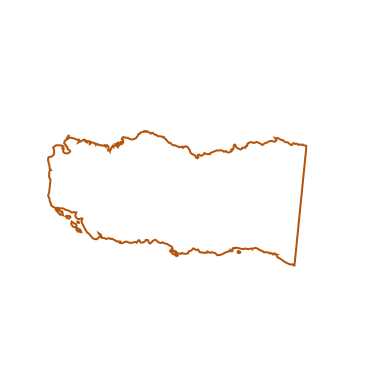 the district of North West Choiseul, Choiseul, Solomon Islands, rotated 321°
{"feature_id": "97153195B88202120204491", "entity_name": "North West Choiseul", "entity_type": "district", "adm_level": 2, "iso_a3": "SLB", "parent_name": "Solomon Islands", "parent_adm1": "Choiseul", "projection": "equal_earth", "projection_center": [156.555, -6.774], "detail": "fine", "context": "isolated", "style": "outline", "palette": "amber", "viewbox_px": 384, "rotation_deg": 321, "n_neighbors": 0, "source": "geoboundaries", "source_scale": "gbopen_adm2", "svg_char_len": 5975}
<svg xmlns="http://www.w3.org/2000/svg" viewBox="0 0 384 384"><g transform="rotate(321 192 192)"><path d="M224.9,314.1L308.0,230.2L309.8,227.9L307.8,225.4L307.9,224.8L306.6,224.2L305.6,222.7L304.2,222.3L304.1,220.6L302.4,219.6L302.2,218.6L300.9,217.7L299.6,218.4L298.5,217.8L297.6,213.6L296.0,212.1L295.5,211.0L295.4,209.0L294.2,208.0L292.4,203.6L291.1,203.5L290.5,202.4L290.1,205.0L287.8,204.9L285.6,201.9L282.6,200.8L281.0,200.8L279.6,199.9L276.3,199.8L275.7,197.7L273.7,193.7L270.9,192.9L269.4,190.4L267.6,189.7L265.4,189.4L264.5,190.5L263.5,190.3L263.4,190.7L262.7,190.4L261.2,191.3L260.7,190.4L258.7,189.2L258.1,189.8L256.5,189.6L255.0,186.8L254.6,184.9L255.3,182.6L254.9,181.9L253.9,182.1L251.4,184.4L250.4,184.1L250.6,184.4L249.7,185.0L249.0,184.2L248.2,185.1L245.8,184.7L244.2,183.0L244.1,181.4L242.2,180.9L241.9,179.6L240.8,177.7L239.1,176.8L237.5,175.3L231.7,173.5L229.9,173.3L229.7,173.8L227.5,172.1L226.1,169.6L225.5,170.1L222.5,170.0L221.7,169.3L221.1,167.6L220.3,166.9L219.4,167.1L218.8,169.1L217.5,169.2L216.8,167.9L217.3,165.6L215.6,161.4L215.8,159.7L216.5,158.3L216.9,154.1L215.8,152.4L212.9,152.0L213.3,151.2L213.1,150.7L210.4,149.3L208.2,145.0L207.3,144.5L206.1,142.0L206.1,140.1L204.9,139.1L204.9,134.9L204.5,132.9L204.8,132.0L204.0,131.6L204.0,130.6L203.1,129.8L202.9,129.2L200.7,127.2L200.1,125.1L198.8,123.2L198.8,121.5L198.2,120.8L196.8,120.7L195.9,118.0L194.7,116.5L192.1,114.6L189.1,113.4L187.6,113.8L186.9,113.3L184.7,114.3L182.1,114.9L179.0,113.9L177.1,112.0L176.3,109.6L173.7,107.1L173.3,106.0L171.2,106.3L171.1,107.2L170.6,107.2L171.0,108.4L170.6,109.1L170.1,109.1L169.6,110.3L168.6,110.0L168.0,110.6L166.9,110.3L165.2,108.7L164.6,108.9L164.4,109.8L163.8,109.4L162.9,110.2L163.0,109.2L162.4,109.6L162.2,108.2L161.0,106.8L160.3,107.0L160.0,106.5L159.1,107.7L158.7,106.5L156.7,107.1L156.4,107.7L155.0,108.0L154.5,107.6L153.9,108.3L154.0,107.7L153.0,107.0L155.5,104.6L155.7,103.6L155.5,102.6L155.0,102.7L154.8,101.9L154.2,102.1L153.9,101.3L153.6,101.8L153.6,101.1L152.8,101.1L151.7,99.3L151.0,99.1L150.8,98.4L149.1,96.9L149.0,95.6L147.7,94.9L147.7,94.3L147.2,94.6L147.4,94.0L146.7,93.1L146.4,91.5L145.2,90.3L144.5,90.4L144.9,90.0L144.7,89.4L144.0,89.7L144.2,89.1L143.6,89.3L144.2,88.6L143.8,87.7L143.3,87.5L143.2,86.8L142.1,86.4L141.6,87.3L141.1,86.4L141.9,84.9L141.6,83.9L141.0,83.5L140.6,83.9L140.4,83.1L139.7,82.9L137.5,82.8L137.2,82.3L134.9,81.9L136.8,81.1L137.1,80.3L135.5,79.0L134.2,76.4L132.0,73.5L130.7,72.6L129.5,72.6L128.8,71.5L128.1,72.4L126.7,72.0L126.1,72.5L124.7,72.4L123.3,73.8L123.5,76.2L123.1,77.4L123.4,78.6L122.8,78.8L122.8,79.8L122.4,80.8L123.1,82.6L122.9,83.8L121.5,84.1L119.6,83.8L117.7,82.0L117.2,79.9L118.4,78.2L119.2,78.1L119.5,77.6L118.7,77.8L118.4,77.2L118.6,76.8L119.9,75.0L120.6,75.0L119.8,73.6L115.9,70.2L112.2,69.9L111.0,73.0L108.5,75.9L105.1,76.2L103.5,75.1L102.0,74.8L99.9,76.9L99.6,78.2L98.1,80.5L97.9,81.8L96.2,84.1L96.1,86.0L95.6,85.6L94.0,86.3L90.4,90.4L89.7,93.5L80.7,102.4L77.9,104.2L77.1,107.3L75.3,110.5L75.2,112.1L74.2,113.2L74.3,114.6L75.1,117.2L75.9,118.4L78.2,120.2L78.1,121.8L79.4,121.7L81.7,123.9L82.6,126.3L84.4,128.8L85.8,132.5L87.8,133.4L88.2,134.6L89.1,135.1L86.2,137.1L85.9,139.3L86.2,141.1L86.9,141.9L89.7,143.0L90.0,143.7L87.3,145.5L85.4,154.5L85.1,157.3L85.7,160.5L85.7,165.3L86.9,167.6L88.5,168.9L90.8,168.5L92.2,169.0L93.1,168.5L93.6,167.4L93.3,165.9L93.5,165.3L94.3,168.2L93.0,170.7L94.9,172.7L95.7,174.4L98.6,175.8L99.3,177.4L100.5,178.1L102.5,183.1L103.2,183.4L104.4,185.6L104.8,185.2L105.2,185.5L104.9,186.4L104.2,186.4L105.1,187.6L109.8,189.1L111.3,191.9L113.4,193.8L116.3,194.9L117.0,195.7L117.0,196.4L120.1,195.8L120.7,196.7L120.3,197.6L120.3,198.9L122.0,200.4L125.1,200.8L126.0,200.1L127.5,201.8L126.6,204.3L127.0,205.6L129.2,205.7L130.4,205.3L132.5,205.6L133.6,206.2L134.2,209.6L135.2,211.5L135.9,212.2L137.4,212.5L138.6,215.1L140.1,216.8L140.4,218.4L141.6,220.8L141.8,222.7L141.5,223.6L140.5,223.5L140.3,224.9L141.9,227.8L142.2,228.7L141.9,230.1L142.2,230.9L143.8,232.1L144.4,233.1L145.7,233.0L147.0,235.1L149.4,236.8L150.7,237.1L151.0,236.5L152.8,236.2L154.2,237.0L157.6,236.7L158.7,239.5L159.4,240.2L160.2,240.3L160.4,242.3L160.1,243.3L160.7,244.5L161.4,244.7L162.9,246.9L164.6,247.6L165.1,248.5L166.6,248.0L167.6,250.4L168.3,251.0L169.2,251.0L171.6,254.1L171.9,257.1L175.0,259.0L181.1,260.4L183.0,261.4L184.0,261.0L184.9,261.8L185.2,261.5L185.3,262.8L185.7,263.2L186.4,263.2L186.7,262.4L187.5,262.3L187.9,261.5L189.3,261.7L189.8,262.7L190.8,262.7L193.0,265.0L195.3,268.2L197.7,269.4L199.9,272.0L201.6,272.6L203.0,273.7L202.9,274.3L203.4,274.1L206.1,275.3L207.0,276.6L208.9,281.5L210.0,283.2L209.9,284.1L211.9,285.6L213.7,287.8L213.8,288.7L214.7,288.7L215.9,291.9L216.9,292.0L217.1,291.5L218.1,292.6L217.9,293.9L218.5,294.4L217.8,294.4L217.4,296.6L218.3,298.4L220.2,305.1L221.9,308.6L222.7,310.2L224.6,311.4L224.6,312.6L225.2,313.3L224.9,314.1ZM78.8,126.0L78.7,125.2L78.0,125.2L76.8,121.9L77.0,120.8L77.5,120.1L76.2,119.2L74.9,120.0L75.1,126.5L75.8,126.6L77.2,129.0L77.5,127.5L78.8,126.0ZM81.5,144.5L81.3,143.2L80.7,142.2L79.9,139.3L78.1,140.7L77.6,143.8L78.5,145.3L80.1,146.8L81.5,144.5ZM141.2,228.4L139.4,224.3L138.6,223.7L137.8,224.0L138.2,228.2L139.3,230.1L139.2,231.1L139.7,231.3L140.1,232.4L141.0,232.4L140.8,229.6L141.2,228.4ZM81.3,150.4L79.9,147.4L78.7,147.9L78.4,148.9L78.4,150.1L78.9,150.5L78.7,150.9L79.2,150.9L79.0,151.1L80.6,153.5L81.2,152.2L81.3,150.4ZM81.7,135.1L81.9,134.0L79.5,131.5L78.8,131.7L78.4,133.5L79.8,135.3L81.7,135.1ZM191.7,269.1L191.1,267.1L190.2,266.8L189.6,267.5L189.5,268.5L189.9,269.0L191.2,269.5L191.7,269.1ZM85.1,144.2L84.3,142.9L83.8,143.3L84.0,144.2L84.6,144.8L85.1,144.2ZM168.3,109.5L168.2,108.4L167.6,108.2L167.5,109.7L168.3,109.5ZM164.7,108.1L164.0,106.9L164.1,107.5L163.6,107.2L164.1,108.2L164.7,108.1ZM131.6,70.9L131.4,70.4L130.8,70.7L131.0,71.1L131.6,70.9ZM195.6,117.4L195.5,116.8L194.6,115.9L194.7,116.3L195.6,117.4ZM165.7,107.2L165.2,106.8L164.7,107.0L165.2,107.5L165.7,107.2Z" fill="none" stroke="#b45309" stroke-width="2"/></g></svg>